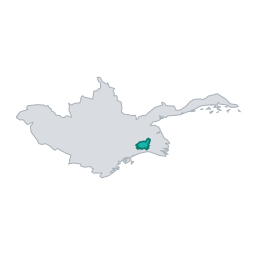 Hinthada, Ayeyarwady, Myanmar (highlighted), rotated 271°
{"feature_id": "60261553B48695999525720", "entity_name": "Hinthada", "entity_type": "district", "adm_level": 2, "iso_a3": "MMR", "parent_name": "Myanmar", "parent_adm1": "Ayeyarwady", "projection": "orthographic", "projection_center": [95.142, 17.923], "detail": "fine", "context": "in_parent", "style": "filled", "palette": "teal", "viewbox_px": 256, "rotation_deg": 271, "n_neighbors": 0, "source": "geoboundaries", "source_scale": "gbopen_adm2", "svg_char_len": 6590}
<svg xmlns="http://www.w3.org/2000/svg" viewBox="0 0 256 256"><g transform="rotate(271 128 128)"><path d="M167.3,113.7L164.6,112.5L162.7,113.7L159.8,113.4L160.2,115.9L158.5,116.8L155.5,116.6L153.8,120.6L147.7,121.7L143.6,121.1L141.4,124.6L141.3,128.6L140.3,131.0L140.8,135.1L138.2,136.2L136.5,136.0L137.4,137.9L139.5,138.7L140.8,143.0L140.5,144.7L149.0,154.4L151.7,162.2L153.7,161.1L154.3,161.9L153.6,163.9L151.0,165.6L150.7,173.8L146.5,175.8L146.7,178.6L147.2,180.5L151.1,185.9L155.4,189.6L157.8,193.5L158.3,199.3L157.8,201.8L159.0,205.3L161.2,207.5L163.8,216.6L158.9,224.9L153.8,230.3L153.3,235.9L151.6,237.8L150.8,236.1L150.4,230.2L152.8,226.4L153.5,219.1L155.1,217.6L154.2,216.9L152.3,217.4L152.9,211.6L151.8,211.3L152.7,210.1L151.3,200.3L147.4,193.5L146.8,190.6L146.3,194.6L145.8,193.8L145.6,188.4L143.3,182.5L143.5,182.0L144.6,182.5L143.6,181.2L142.8,181.5L142.1,180.1L140.8,167.8L139.3,166.1L139.8,160.8L140.9,159.5L136.8,160.1L134.9,155.6L134.7,153.2L130.7,149.6L131.4,150.7L130.7,151.9L131.4,154.0L129.8,157.9L128.1,159.7L125.9,160.4L124.2,159.3L123.8,157.3L123.1,157.2L124.7,161.1L118.2,164.5L117.3,166.8L113.9,169.9L112.9,169.5L113.4,165.4L111.4,168.6L108.7,168.7L108.1,164.3L107.0,166.9L105.5,167.7L106.0,160.4L105.5,162.5L102.9,165.4L100.4,166.3L101.0,160.3L104.4,150.7L104.7,147.6L102.9,140.0L99.9,133.6L100.8,133.5L98.8,131.6L98.5,126.9L97.3,128.6L97.2,131.5L94.6,130.0L92.3,125.8L93.2,125.4L96.0,127.4L97.6,126.3L98.0,125.0L93.7,120.9L94.8,119.3L93.3,119.3L89.6,117.4L88.5,117.7L89.0,119.4L88.2,119.9L86.8,117.3L87.9,116.0L87.0,115.9L87.6,113.6L87.2,113.3L85.4,116.3L84.4,115.6L85.6,114.0L85.1,113.1L83.6,111.3L83.7,114.6L79.9,109.4L77.7,102.5L79.5,100.7L82.5,102.8L82.3,94.3L83.6,92.5L86.7,94.0L87.6,91.9L88.8,91.3L88.1,85.5L89.1,81.7L91.1,81.1L91.6,78.0L92.0,73.9L91.0,69.3L92.9,70.4L95.0,70.1L99.8,71.6L101.7,66.3L106.3,57.6L104.6,55.6L104.9,54.4L108.9,49.8L110.9,45.8L110.0,42.1L110.9,39.1L114.5,37.2L122.3,31.2L128.1,30.3L130.5,32.6L132.1,32.8L129.6,27.3L134.4,23.0L134.2,19.7L136.4,16.2L137.7,16.3L138.9,18.0L140.2,18.0L142.5,20.5L144.8,27.5L146.4,26.2L148.5,27.2L149.8,37.6L149.4,43.6L148.1,45.1L149.1,47.5L147.1,48.5L145.7,50.9L143.7,51.1L142.3,54.5L140.2,55.0L139.1,57.6L139.4,59.6L137.8,60.7L137.2,64.1L138.7,65.4L139.2,67.3L137.7,71.1L139.1,71.2L144.8,68.6L148.9,69.0L151.6,68.3L150.0,71.0L151.8,74.3L152.3,79.5L158.4,80.8L159.5,82.1L158.1,83.8L156.2,92.2L164.4,93.2L164.7,96.4L166.5,97.6L166.8,99.4L167.9,99.9L172.2,99.7L174.7,97.4L178.0,96.3L178.3,98.2L177.6,99.6L174.0,101.5L171.7,105.5L171.5,106.3L172.7,107.0L168.6,108.7L167.3,113.7ZM94.8,123.6L97.4,125.1L96.9,126.3L95.2,126.4L94.0,124.3L94.8,123.6ZM148.3,206.2L150.1,208.6L148.4,210.3L148.3,206.2ZM94.4,134.1L93.1,133.2L92.1,131.9L95.1,131.9L94.4,134.1ZM150.9,216.6L151.0,219.8L149.9,219.5L149.2,216.8L150.9,216.6ZM104.3,166.3L102.6,168.3L102.3,166.6L104.8,164.1L104.3,166.3ZM139.2,163.3L138.1,162.7L137.9,160.8L138.8,160.3L139.4,161.2L139.2,163.3ZM147.4,220.6L147.2,219.6L148.3,216.9L148.1,219.2L147.4,220.6ZM146.8,226.6L148.3,229.0L148.1,229.4L146.7,227.6L145.8,227.7L146.8,226.6ZM151.9,214.8L150.3,215.5L150.2,213.3L151.9,214.8ZM148.4,237.7L146.4,239.8L146.6,238.6L148.4,237.7ZM86.3,117.6L87.0,120.2L85.8,117.1L86.3,117.6ZM148.3,201.1L148.2,203.1L147.7,199.9L148.3,201.1ZM92.3,119.5L92.5,121.2L91.4,118.8L92.3,119.5ZM146.3,212.6L145.1,211.6L145.5,210.9L146.1,211.0L146.3,212.6ZM145.5,209.7L144.7,211.1L144.0,210.3L144.6,209.7L145.5,209.7ZM145.7,217.6L145.8,218.7L144.9,216.1L145.7,217.6ZM107.1,168.7L106.3,168.7L107.4,167.3L107.5,167.8L107.1,168.7ZM151.3,226.7L150.5,226.5L151.1,225.2L151.3,226.7Z" fill="#d9dde1" stroke="#a8b0b8" stroke-width="1"/><path d="M112.4,138.1L112.4,137.9L112.2,137.8L112.1,137.7L111.9,137.6L111.6,137.4L111.6,137.2L111.6,136.9L111.6,136.7L111.4,136.5L111.2,136.5L111.0,136.4L110.7,136.3L110.6,136.6L110.6,136.8L110.6,137.1L110.6,137.3L110.5,137.5L110.4,137.6L110.4,137.8L110.1,137.9L109.8,138.0L109.8,137.9L109.6,137.8L109.5,137.7L109.4,137.6L109.3,137.4L109.2,137.4L108.9,137.2L108.7,137.0L108.5,137.3L108.4,137.3L108.1,137.4L108.1,137.5L108.0,137.4L107.9,137.4L107.9,137.5L107.7,137.6L107.8,137.7L107.6,137.7L107.5,138.0L107.4,138.1L107.5,138.1L107.6,138.3L107.7,138.5L107.8,138.7L108.0,138.6L108.0,138.8L108.0,139.0L107.9,139.2L108.0,139.2L108.0,139.3L108.0,139.5L107.9,139.6L108.0,139.7L108.1,139.8L108.1,140.0L108.3,140.0L108.2,140.1L108.2,140.3L108.0,140.5L107.9,140.6L107.7,140.7L107.8,140.8L107.9,141.0L107.9,141.3L108.0,141.3L108.0,141.6L107.9,141.8L107.7,141.8L107.8,141.9L107.7,142.0L107.5,142.3L107.4,142.4L107.3,142.5L107.4,142.8L107.5,142.8L107.5,143.0L107.6,143.3L107.8,143.5L108.0,143.6L108.0,143.8L107.9,144.0L108.0,144.2L108.1,144.4L108.1,144.5L107.9,144.6L107.9,144.9L107.9,145.1L108.0,145.2L107.9,145.4L108.0,145.4L107.9,145.5L107.9,145.8L107.6,145.9L107.6,146.1L107.3,146.3L107.2,146.3L107.0,146.5L107.0,146.8L106.9,146.9L106.9,147.0L107.0,147.1L106.9,147.1L107.0,147.4L106.9,147.5L107.0,147.6L107.1,147.8L107.3,147.9L107.5,147.9L107.8,148.2L108.0,148.2L108.0,148.3L108.2,148.6L108.3,148.7L108.3,148.8L108.4,149.0L108.5,149.0L108.7,148.9L108.7,148.5L108.7,148.4L108.7,148.2L108.6,148.3L108.6,148.1L108.6,147.9L108.8,147.7L109.0,147.8L109.1,148.0L109.2,147.9L109.3,147.7L109.5,147.7L109.7,147.8L109.8,147.9L109.8,148.0L109.7,148.1L109.8,148.2L109.9,148.3L110.0,148.4L110.1,148.6L110.1,148.8L110.1,149.0L110.3,149.2L110.3,148.8L110.4,148.7L110.5,148.7L110.8,148.7L111.0,148.8L111.4,148.8L111.5,148.8L111.4,148.7L111.5,148.7L111.8,148.4L111.9,148.5L112.1,148.5L112.3,148.6L112.5,148.8L112.5,148.7L112.7,148.8L112.8,148.9L113.1,148.9L113.2,149.0L113.3,149.2L113.4,149.3L113.5,149.5L113.8,149.5L114.0,149.6L114.3,149.7L114.5,149.8L114.8,149.8L115.0,149.9L115.1,150.0L115.2,149.9L115.3,149.8L115.5,149.9L115.6,150.0L115.8,150.1L116.0,150.2L116.1,150.3L116.3,150.3L116.5,150.3L116.5,149.9L117.2,149.7L117.3,149.6L117.3,149.1L117.7,148.9L117.9,148.7L117.7,148.4L117.6,148.2L117.4,148.0L117.3,147.9L117.2,147.8L117.2,147.7L117.2,147.4L117.1,147.2L116.9,147.1L116.7,147.2L116.5,146.9L116.4,146.9L116.4,147.0L116.2,147.0L115.9,146.9L115.7,146.7L115.3,146.7L115.2,146.7L114.6,146.1L114.4,145.8L114.3,145.7L114.6,145.4L115.0,145.1L115.0,144.9L114.9,144.6L114.9,144.4L114.9,144.1L115.0,144.0L115.0,143.8L114.9,143.7L114.7,143.5L114.7,143.3L114.7,142.8L114.7,142.5L114.7,142.4L114.7,142.2L114.5,141.7L114.4,141.6L114.1,141.0L113.9,140.5L114.0,140.3L114.2,140.0L114.2,139.8L114.1,139.7L113.8,139.6L113.5,139.5L113.4,139.3L113.3,139.2L113.2,139.0L113.1,138.9L112.7,138.6L112.4,138.4L112.4,138.2L112.4,138.1Z" fill="#14b8a6" stroke="#0f766e" stroke-width="1.5"/></g></svg>